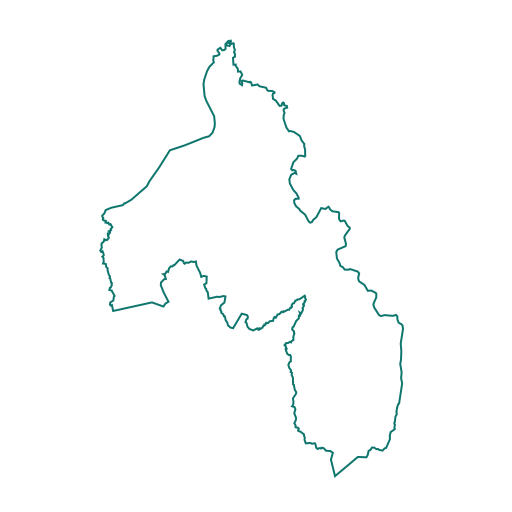 outline of Builsa South, Upper East, Ghana, rotated 185°
{"feature_id": "2480657B50810028950834", "entity_name": "Builsa South", "entity_type": "district", "adm_level": 2, "iso_a3": "GHA", "parent_name": "Ghana", "parent_adm1": "Upper East", "projection": "equal_earth", "projection_center": [-1.342, 10.53], "detail": "fine", "context": "isolated", "style": "outline", "palette": "teal", "viewbox_px": 512, "rotation_deg": 185, "n_neighbors": 0, "source": "geoboundaries", "source_scale": "gbopen_adm2", "svg_char_len": 6104}
<svg xmlns="http://www.w3.org/2000/svg" viewBox="0 0 512 512"><g transform="rotate(185 256 256)"><path d="M128.5,65.1L127.4,67.3L126.8,71.8L125.1,72.7L123.9,75.2L121.8,75.5L119.2,74.1L117.7,74.4L116.3,73.5L113.0,73.2L111.0,75.6L109.6,76.2L106.6,85.2L107.1,88.7L106.5,92.3L102.6,95.7L103.2,97.1L102.9,100.1L103.6,101.0L103.6,102.2L103.2,102.8L103.1,108.0L102.0,110.6L102.5,112.9L102.2,117.4L101.4,120.8L100.6,121.5L99.3,141.8L100.8,146.9L100.8,152.7L102.9,161.1L102.5,165.2L102.9,173.6L104.2,181.4L103.2,196.2L103.9,199.3L105.1,200.7L108.0,201.9L109.5,204.9L110.0,208.2L111.4,209.5L114.4,208.3L122.7,208.3L126.2,207.1L128.2,207.8L133.5,214.6L134.8,217.5L134.6,219.5L132.6,225.1L132.8,228.6L133.4,229.6L138.0,231.6L141.6,231.1L145.4,236.6L150.9,239.6L151.9,241.3L152.3,243.5L151.7,247.7L153.4,249.4L161.4,251.2L162.5,250.4L166.5,250.2L168.6,252.5L171.1,253.5L172.2,256.3L175.2,260.7L176.4,267.1L175.2,269.5L167.6,273.6L167.4,275.9L169.7,282.3L169.2,284.1L164.9,291.3L165.2,292.5L167.4,293.9L170.6,298.7L171.6,299.0L174.5,297.9L175.6,298.7L176.6,300.6L176.9,306.0L177.6,306.9L183.9,307.2L186.6,309.2L187.3,310.8L188.2,311.4L190.9,308.9L195.2,309.4L199.2,300.0L202.3,296.8L203.2,294.7L204.9,293.9L206.6,295.1L210.7,301.5L215.9,305.0L217.0,306.6L220.3,308.9L222.4,312.0L222.9,314.8L221.7,316.4L218.5,316.8L218.6,317.8L221.3,322.0L224.6,325.0L228.5,331.0L229.5,335.2L228.0,340.0L224.7,342.2L223.1,341.5L224.0,344.3L226.1,345.0L227.4,344.5L228.6,345.8L226.9,352.7L223.6,356.6L222.6,359.5L219.5,359.9L216.2,359.3L215.7,359.8L216.4,366.4L217.7,370.0L217.6,371.8L220.6,375.0L222.8,379.4L229.1,382.9L232.9,383.5L234.0,383.1L236.9,386.6L240.6,395.2L240.6,399.4L240.0,401.0L241.3,403.7L240.7,405.3L237.9,406.5L238.3,408.1L241.1,408.7L241.6,411.0L242.3,411.3L243.2,410.4L243.8,407.9L245.6,407.6L249.7,412.5L252.7,414.0L253.5,417.6L253.3,419.1L251.8,420.0L251.8,420.7L254.2,421.8L258.2,421.6L259.6,422.6L260.6,424.5L267.4,425.4L269.4,427.0L274.8,425.5L276.1,428.6L277.2,429.0L277.6,428.5L284.6,429.7L285.6,428.9L284.7,426.9L284.8,425.0L287.2,426.2L287.7,427.9L287.1,431.8L285.5,435.3L287.5,438.5L290.0,438.1L290.5,441.0L292.9,443.8L292.9,444.9L295.1,444.6L296.2,451.4L294.3,452.8L294.7,455.9L295.7,457.0L295.0,459.4L296.3,462.4L296.6,465.6L297.1,466.0L299.3,465.0L300.0,466.4L299.6,467.8L300.0,468.4L301.4,467.5L302.3,467.8L303.0,466.9L302.2,465.9L300.6,465.5L300.1,464.2L300.7,462.9L303.6,463.2L304.1,465.5L304.9,464.5L304.4,459.6L305.7,458.4L307.6,458.0L309.7,460.3L312.3,458.2L312.3,457.1L310.1,454.7L310.1,453.5L312.5,452.0L315.6,451.3L315.6,447.3L314.9,445.2L318.9,440.4L320.9,435.8L322.9,427.4L323.3,422.7L321.1,410.6L318.7,405.7L309.9,391.7L308.6,384.9L308.5,381.0L310.0,375.1L313.1,371.2L318.5,369.2L336.7,360.0L351.0,353.8L360.2,335.8L368.5,321.5L370.9,315.9L385.1,301.2L390.8,297.1L391.7,297.1L393.0,295.1L404.3,291.5L409.7,288.7L410.8,285.2L412.7,282.8L412.4,281.5L411.4,280.6L411.8,279.0L411.0,278.2L408.7,277.9L408.8,276.4L408.1,276.7L407.2,275.7L406.0,276.3L404.8,274.5L403.7,275.1L401.6,272.1L403.1,270.3L402.6,269.2L404.5,268.0L403.5,267.6L403.6,266.2L405.6,265.6L405.4,264.0L404.7,264.0L405.1,262.7L404.3,261.8L404.3,260.9L405.9,258.8L407.2,259.2L407.7,258.6L408.6,259.3L409.0,257.0L410.8,255.2L410.9,253.1L410.3,251.0L411.6,247.8L410.5,246.5L409.3,247.4L408.0,244.7L407.8,243.3L409.0,241.9L407.8,240.8L407.2,236.9L407.7,235.2L405.0,235.0L404.3,232.1L402.7,230.8L402.6,228.8L401.1,224.8L399.7,222.9L400.0,221.3L399.2,220.7L397.8,216.5L397.3,216.5L397.2,213.9L398.0,211.9L398.8,211.5L399.1,209.3L396.8,209.0L393.4,203.9L394.1,202.8L394.2,199.3L397.1,197.0L397.3,194.9L396.4,194.0L395.3,194.6L393.5,188.8L355.6,200.7L343.8,197.6L342.1,200.7L339.2,202.8L344.7,211.5L348.3,218.6L348.3,221.4L345.5,224.8L343.8,225.3L345.3,229.0L346.7,229.8L344.9,230.3L343.7,232.8L342.2,232.5L341.6,236.0L340.1,238.2L338.2,238.4L337.5,239.6L336.6,239.7L331.8,245.8L328.1,244.7L327.2,242.7L326.4,242.1L325.1,243.3L322.6,243.4L320.1,244.9L317.3,244.6L315.4,245.3L314.4,241.2L310.1,234.2L308.7,230.4L306.5,231.6L303.3,231.2L303.0,224.6L305.2,223.0L303.5,219.3L302.8,219.0L302.3,217.2L300.9,215.7L299.5,209.4L291.0,212.1L289.2,211.9L284.6,213.3L282.9,213.0L283.4,206.9L286.6,203.8L287.5,200.4L286.6,199.8L286.7,198.8L285.7,197.8L285.6,196.3L283.6,195.2L282.7,193.2L282.0,193.3L281.4,192.3L280.8,189.7L279.0,187.4L277.7,184.3L275.2,182.5L272.5,182.1L265.2,197.3L259.9,196.4L258.9,195.1L258.8,193.1L260.1,192.0L260.7,189.3L259.8,188.8L258.3,184.8L256.1,182.7L252.2,181.6L248.8,183.8L248.0,183.3L247.7,183.9L246.7,182.8L245.8,184.2L245.4,183.7L243.3,185.2L242.5,187.3L241.6,187.5L241.6,188.5L240.6,188.5L240.0,190.4L238.3,190.1L236.6,192.2L233.3,192.9L232.9,195.9L232.0,196.9L230.9,196.2L229.4,199.7L227.7,200.0L225.7,202.7L224.3,202.3L223.8,203.3L222.9,203.1L219.4,205.4L218.3,205.3L217.2,207.6L216.6,207.4L215.7,208.6L216.2,210.2L215.3,211.9L214.0,212.3L212.9,215.0L211.8,215.3L211.0,216.3L208.9,216.7L204.0,220.7L203.4,219.5L203.4,218.2L202.5,217.0L202.9,215.7L203.6,215.4L203.4,214.1L204.5,212.8L204.1,211.6L204.7,211.6L204.1,210.0L205.1,208.1L204.5,207.0L204.7,206.0L206.1,202.5L207.4,203.3L206.9,202.2L207.5,201.5L206.9,200.3L208.1,199.9L207.9,197.6L210.3,194.8L212.4,188.8L213.3,188.3L213.6,186.0L211.6,184.2L211.5,182.8L211.0,182.3L211.8,178.7L211.4,175.6L213.1,174.3L213.6,173.0L214.7,173.5L216.3,172.2L218.4,171.9L219.0,170.3L219.7,170.2L219.7,169.4L218.7,168.9L218.1,167.6L218.3,166.1L217.5,166.1L217.9,164.5L216.3,161.2L214.5,160.2L213.3,160.4L212.6,159.2L212.1,154.1L213.3,153.2L214.3,150.3L213.1,147.4L211.1,145.1L211.3,143.5L210.0,142.9L210.1,140.4L208.6,138.0L207.9,131.4L207.1,131.0L205.7,126.1L204.0,123.8L204.2,122.1L206.8,117.4L206.0,114.1L206.0,111.1L207.0,109.4L204.5,108.9L203.4,106.8L204.2,102.7L201.9,98.1L202.1,95.8L203.2,92.6L201.8,90.7L201.7,88.9L199.1,88.5L198.3,87.6L198.9,86.2L198.5,85.3L196.4,84.9L192.6,82.4L192.4,80.8L191.6,79.5L191.6,77.1L190.1,73.7L185.4,74.5L183.9,73.8L181.1,74.6L180.5,74.0L179.3,70.3L177.8,69.1L176.3,70.1L174.4,69.9L174.1,70.7L171.8,70.5L169.3,68.1L165.1,68.2L162.3,66.7L163.6,59.7L158.1,43.6L137.0,64.7L128.5,65.1Z" fill="none" stroke="#0f766e" stroke-width="2"/></g></svg>